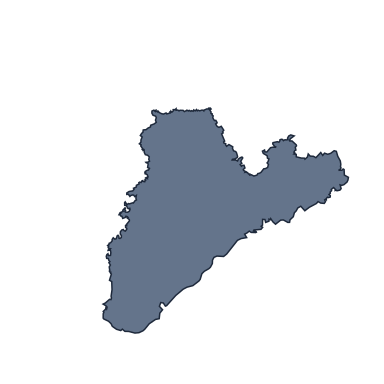 Sirajganj, Rajshahi, Bangladesh, rotated 57°
{"feature_id": "16705992B55394931042500", "entity_name": "Sirajganj", "entity_type": "district", "adm_level": 2, "iso_a3": "BGD", "parent_name": "Bangladesh", "parent_adm1": "Rajshahi", "projection": "natural_earth1", "projection_center": [89.578, 24.399], "detail": "fine", "context": "isolated", "style": "filled", "palette": "slate", "viewbox_px": 384, "rotation_deg": 57, "n_neighbors": 0, "source": "geoboundaries", "source_scale": "gbopen_adm2", "svg_char_len": 6076}
<svg xmlns="http://www.w3.org/2000/svg" viewBox="0 0 384 384"><g transform="rotate(57 192 192)"><path d="M130.8,132.3L131.6,132.6L130.4,134.3L129.9,137.3L130.4,137.9L129.5,138.1L128.7,139.1L128.1,141.4L126.8,142.2L126.8,143.4L125.3,143.3L125.7,145.2L124.1,145.8L124.9,147.1L123.6,148.0L123.7,149.0L122.2,149.7L122.3,150.6L121.5,150.9L121.1,151.8L120.1,151.6L120.7,152.1L120.4,154.6L118.7,155.0L116.9,157.6L116.9,158.7L115.5,159.3L114.8,160.8L113.5,160.0L113.7,161.3L112.7,162.9L113.6,163.2L114.1,165.0L113.9,165.6L112.7,165.7L113.5,166.6L112.2,166.8L113.8,167.2L112.8,170.6L111.6,170.7L111.1,173.5L109.8,174.8L107.4,176.3L106.1,176.2L106.2,177.1L105.0,177.1L104.9,178.7L104.4,179.0L103.7,178.0L103.5,179.1L102.6,179.4L102.3,181.5L104.0,182.7L106.4,182.9L108.6,181.2L110.3,181.5L111.8,183.5L114.1,184.0L114.3,186.6L113.5,190.3L114.8,191.4L114.4,194.2L114.7,196.5L113.4,199.1L115.2,200.7L115.4,202.3L116.5,204.6L118.7,203.8L120.5,206.4L122.4,207.7L122.9,209.9L124.8,209.0L125.5,209.9L128.8,209.8L129.1,210.6L129.9,210.4L130.0,209.8L130.5,210.2L130.7,209.3L132.9,210.5L135.3,210.8L137.0,209.2L139.2,208.7L141.1,210.5L143.0,210.8L143.0,212.5L142.0,214.5L142.7,214.4L143.4,213.4L144.7,213.6L147.3,215.9L149.0,214.8L149.9,216.6L149.4,217.4L149.3,220.0L149.8,220.8L150.8,220.4L151.1,221.4L153.0,220.1L155.4,220.6L155.0,222.4L155.9,221.8L156.6,222.1L155.7,223.0L155.8,224.5L157.1,224.7L157.0,225.6L157.6,226.1L156.3,227.4L155.6,227.1L155.4,228.0L156.3,229.5L155.2,230.5L155.2,231.5L156.4,232.0L156.1,235.0L157.5,236.0L157.0,239.0L158.1,239.0L158.8,241.0L157.3,244.5L157.3,247.2L158.5,248.0L159.3,246.6L161.9,246.5L161.6,245.2L162.2,243.3L163.0,242.6L164.7,242.5L164.6,240.6L166.6,242.4L168.4,242.9L168.2,244.3L169.3,247.2L168.8,247.6L167.8,251.1L167.0,251.7L167.3,253.4L163.9,253.4L164.2,254.3L166.5,255.7L167.5,254.5L171.0,254.7L171.8,254.0L171.8,253.1L172.8,253.4L174.0,255.0L173.9,257.1L172.5,258.8L171.6,258.8L171.2,257.7L169.6,258.0L169.4,256.7L168.8,256.8L169.6,260.0L170.7,260.3L170.2,263.2L171.0,262.9L171.2,264.4L170.8,264.7L171.3,265.6L172.0,264.7L173.2,264.9L174.2,264.0L176.4,264.5L177.0,262.0L176.3,260.6L177.5,259.6L178.6,259.5L178.4,260.5L181.0,259.6L182.1,260.2L183.4,264.2L184.5,265.0L183.8,265.4L183.9,266.0L185.6,267.0L186.9,266.5L187.7,267.0L188.5,269.2L187.3,270.1L186.1,270.0L185.6,271.4L186.3,273.7L188.1,275.0L190.2,275.0L191.7,276.1L191.7,277.8L191.1,278.4L189.1,277.4L188.0,277.6L187.9,278.4L189.9,281.1L189.5,282.4L187.5,283.0L188.3,284.8L189.5,285.6L190.2,287.8L189.9,289.5L190.6,289.9L191.0,291.9L192.0,291.3L192.6,292.4L193.6,292.6L195.0,291.4L194.9,293.7L195.3,294.2L196.3,292.1L198.7,293.1L200.8,294.9L199.8,296.7L198.0,296.1L198.1,297.4L199.2,298.9L201.2,299.7L202.2,298.4L204.1,299.0L205.7,298.8L206.0,300.2L208.8,300.2L209.7,302.2L213.2,303.8L213.3,304.4L214.4,304.5L215.0,303.8L215.9,304.6L216.9,304.3L221.1,309.3L223.4,308.1L230.4,312.3L235.3,316.6L237.1,317.3L238.1,318.6L237.1,319.6L237.9,325.1L237.6,327.6L240.4,326.2L242.3,325.9L243.5,327.2L242.0,327.1L243.2,328.3L243.8,331.5L244.8,331.4L245.8,332.8L249.4,335.2L250.5,335.1L254.9,332.4L258.4,331.6L261.3,332.0L266.0,330.1L269.4,327.2L269.1,325.1L272.3,324.2L274.5,321.0L279.2,316.7L281.1,313.1L281.7,308.7L281.4,306.5L279.2,299.6L279.0,292.0L280.4,288.5L276.1,285.0L274.7,280.8L270.1,281.6L267.7,278.4L269.5,276.5L273.2,276.5L273.5,275.2L269.9,261.9L268.7,252.3L269.1,248.0L271.0,242.3L270.4,234.6L269.7,232.7L265.9,228.2L265.2,224.8L265.5,219.6L265.1,217.5L263.1,213.9L260.3,211.9L258.8,209.2L259.3,206.0L263.3,200.6L262.9,196.7L257.3,180.2L257.8,176.2L260.0,171.0L256.0,170.8L256.3,168.3L256.0,165.3L258.1,164.4L260.7,160.7L260.8,159.9L260.1,159.8L258.1,161.6L257.6,160.7L260.9,154.5L260.1,152.0L258.4,152.6L258.2,150.9L253.4,147.7L254.8,145.8L257.6,146.8L258.4,143.4L256.7,142.2L257.9,141.4L257.2,140.5L261.2,140.4L264.5,139.5L263.9,133.0L265.2,130.6L269.7,128.2L270.6,126.7L268.7,124.9L267.9,120.5L265.2,117.5L264.6,114.9L263.0,112.0L263.2,108.5L269.2,107.6L268.7,102.1L269.4,93.9L268.7,91.5L271.4,90.1L273.6,87.3L272.8,85.3L270.8,85.0L270.8,83.7L271.6,83.5L270.7,82.9L270.1,81.3L271.1,80.5L271.5,78.8L270.4,78.0L268.7,78.5L268.4,76.7L267.3,76.2L266.9,74.2L265.7,73.8L265.4,70.8L267.8,70.4L268.7,71.1L268.9,70.1L269.9,69.8L271.0,66.9L270.4,65.1L266.7,63.9L267.9,62.9L268.6,60.7L268.1,56.6L266.9,54.7L264.9,52.8L260.8,55.0L256.0,52.2L255.0,52.7L255.4,54.4L253.6,57.3L253.7,55.6L253.0,53.9L251.7,53.7L249.8,52.1L246.7,50.7L241.4,50.3L236.5,48.8L234.8,50.3L235.1,54.6L234.3,57.6L231.6,59.7L232.5,62.4L229.0,62.5L230.7,69.4L228.2,70.7L226.3,73.3L223.4,73.8L225.5,76.1L226.0,79.4L224.8,79.3L223.2,81.7L219.3,85.4L217.2,84.1L216.1,85.3L216.2,84.6L215.6,84.7L215.5,86.0L215.2,84.5L214.1,84.8L213.2,83.1L213.4,82.0L210.7,81.0L210.2,79.2L209.2,78.9L203.7,80.3L202.4,82.3L201.8,82.3L200.9,80.3L200.6,75.8L197.9,78.1L197.7,80.4L198.9,82.6L200.0,82.8L200.0,84.0L198.8,85.7L198.7,87.4L197.3,87.4L196.4,88.4L196.1,89.8L197.0,90.5L197.6,92.0L196.3,93.0L194.7,97.2L195.6,98.1L198.8,97.9L199.7,97.2L200.0,97.6L198.4,99.9L197.6,102.0L199.2,107.4L198.1,109.0L196.3,108.3L196.1,110.7L198.5,111.2L202.5,109.2L204.7,110.3L206.1,109.5L208.0,111.7L208.5,113.2L210.5,112.9L212.6,115.2L212.4,117.6L211.6,119.2L213.1,123.4L213.0,125.4L212.4,126.7L213.2,128.4L212.3,131.4L209.9,132.8L209.2,134.3L208.4,133.7L207.7,134.8L205.9,134.8L205.1,135.8L204.6,135.6L204.3,136.7L203.9,136.0L202.0,137.0L201.0,136.7L200.7,134.5L197.9,133.8L197.2,134.9L197.3,136.5L195.2,136.7L195.1,134.6L192.8,134.4L191.1,130.9L190.3,130.8L189.7,131.5L189.5,133.8L189.7,135.3L190.8,136.9L188.9,138.0L187.0,140.9L186.6,140.3L187.7,137.8L187.7,135.2L187.0,134.4L183.4,133.3L181.9,133.3L180.1,134.7L177.5,134.3L176.3,133.2L172.3,135.2L172.5,138.1L170.7,138.1L169.9,137.4L168.3,138.6L167.2,138.2L167.1,136.9L159.4,135.5L159.4,133.7L158.2,133.6L157.5,131.7L152.8,131.7L152.5,134.2L150.7,135.2L147.8,135.1L147.7,133.3L147.3,133.1L144.9,133.0L144.3,134.2L142.7,134.3L141.0,134.1L139.7,132.8L138.3,133.2L137.5,132.5L136.4,133.3L135.1,132.4L132.9,132.5L132.8,130.8L131.6,130.9L130.8,132.3Z" fill="#64748b" stroke="#1e293b" stroke-width="1.5"/></g></svg>